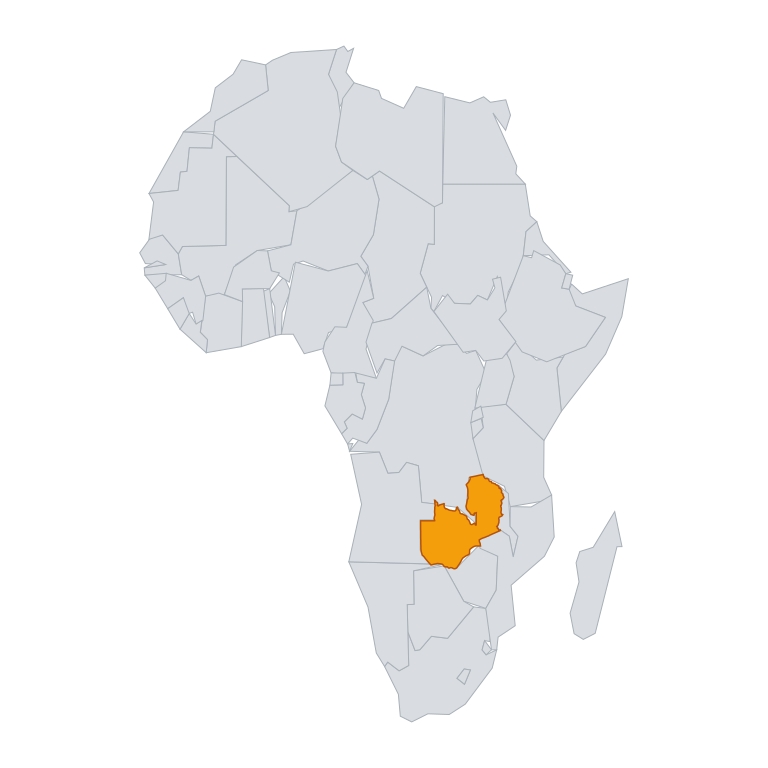 Zambia highlighted on a map of Africa
{"feature_id": "ZMB", "entity_name": "Zambia", "entity_type": "country or territory", "adm_level": 0, "iso_a3": "ZMB", "parent_name": "Africa", "parent_adm1": "", "projection": "equal_earth", "projection_center": [28.807, -13.118], "detail": "fine", "context": "in_parent", "style": "filled", "palette": "amber", "viewbox_px": 768, "rotation_deg": 0, "n_neighbors": 49, "source": "natural_earth", "source_scale": "50m", "svg_char_len": 14579}
<svg xmlns="http://www.w3.org/2000/svg" viewBox="0 0 768 768"><path d="M506.0,404.3L544.0,440.5L543.7,477.3L551.6,495.0L545.8,500.6L510.3,506.6L504.5,486.3L483.1,475.9L475.0,458.3L473.0,438.7L483.2,427.7L480.8,406.1L506.0,404.3Z" fill="#d9dde1" stroke="#a8b0b8" stroke-width="1"/><path d="M213.5,134.3L211.9,148.2L189.4,147.7L187.0,171.3L180.4,172.1L178.1,190.4L149.0,193.5L183.6,131.8L213.5,134.3Z" fill="#d9dde1" stroke="#a8b0b8" stroke-width="1"/><path d="M473.0,438.7L483.1,475.9L468.7,477.7L466.1,509.2L475.0,512.9L475.6,523.2L457.5,507.4L421.7,502.4L418.4,465.8L406.6,462.4L398.9,472.5L387.9,473.3L379.4,452.1L349.6,451.3L359.7,438.8L366.8,443.3L377.0,429.4L388.7,399.2L395.3,354.3L402.0,346.2L423.1,355.9L446.5,344.0L458.9,344.2L466.5,353.4L475.7,350.4L486.3,373.6L476.9,389.3L473.0,438.7Z" fill="#d9dde1" stroke="#a8b0b8" stroke-width="1"/><path d="M561.3,411.4L556.9,368.0L565.1,353.9L585.5,346.5L605.4,317.4L575.8,306.0L567.6,292.7L571.6,284.1L582.3,293.9L628.3,278.7L621.8,316.7L605.6,354.1L561.3,411.4Z" fill="#d9dde1" stroke="#a8b0b8" stroke-width="1"/><path d="M544.0,440.5L506.0,404.3L514.1,376.5L506.6,353.8L515.9,341.6L536.3,360.1L563.2,357.0L556.9,368.0L561.3,411.4L544.0,440.5Z" fill="#d9dde1" stroke="#a8b0b8" stroke-width="1"/><path d="M438.8,315.3L433.3,311.0L430.9,308.3L431.6,297.3L420.2,273.3L428.2,243.7L434.3,244.4L434.5,202.8L442.5,202.8L442.7,184.1L525.3,184.1L530.2,215.9L536.8,221.7L526.0,231.6L522.3,263.9L508.2,292.1L506.3,310.9L497.3,276.5L487.4,300.0L477.7,295.4L470.3,304.0L454.5,303.3L442.5,295.5L433.9,311.5L438.8,315.3Z" fill="#d9dde1" stroke="#a8b0b8" stroke-width="1"/><path d="M434.4,206.8L434.3,244.4L428.2,243.7L420.2,273.3L426.7,287.2L391.4,318.5L372.0,323.1L362.8,302.5L373.7,298.3L368.0,266.2L360.8,256.3L373.4,234.7L379.0,199.2L372.4,176.1L379.5,171.0L434.4,206.8Z" fill="#d9dde1" stroke="#a8b0b8" stroke-width="1"/><path d="M384.6,666.5L387.7,662.1L399.1,670.8L408.7,665.5L407.8,631.7L415.1,650.6L419.9,649.7L431.4,636.3L447.6,638.3L473.6,606.9L485.8,608.4L490.8,628.0L490.0,641.6L484.6,640.6L482.1,649.9L486.1,654.8L496.7,649.8L492.2,668.1L465.3,704.1L449.2,714.5L427.9,713.8L411.7,721.9L400.3,716.2L398.4,694.3L384.6,666.5ZM470.4,670.0L464.2,669.0L457.0,678.3L464.5,684.3L470.4,670.0Z" fill="#d9dde1" stroke="#a8b0b8" stroke-width="1"/><path d="M470.4,670.0L464.5,684.3L457.0,678.3L464.2,669.0L470.4,670.0Z" fill="#d9dde1" stroke="#a8b0b8" stroke-width="1"/><path d="M485.8,608.4L463.7,601.2L444.2,565.9L456.8,567.8L479.6,544.7L497.7,556.2L496.2,590.1L485.8,608.4Z" fill="#d9dde1" stroke="#a8b0b8" stroke-width="1"/><path d="M473.6,606.9L447.6,638.3L431.4,636.3L419.9,649.7L415.1,650.6L407.8,631.7L407.2,604.6L414.0,604.3L413.6,570.8L444.2,565.9L463.7,601.2L473.6,606.9Z" fill="#d9dde1" stroke="#a8b0b8" stroke-width="1"/><path d="M407.2,604.6L408.7,665.5L399.1,670.8L387.7,662.1L384.6,666.5L376.3,653.0L368.0,607.0L348.8,561.8L442.9,564.4L413.6,570.8L414.0,604.3L407.2,604.6Z" fill="#d9dde1" stroke="#a8b0b8" stroke-width="1"/><path d="M145.4,263.6L139.7,252.8L151.6,236.3L162.6,235.0L178.3,253.9L181.7,274.7L144.9,275.2L144.2,267.9L165.7,264.5L145.4,263.6Z" fill="#d9dde1" stroke="#a8b0b8" stroke-width="1"/><path d="M181.7,274.7L178.3,253.9L182.4,246.5L225.9,245.4L226.4,156.7L236.9,156.5L289.4,205.7L289.1,211.7L296.9,210.8L290.9,244.8L257.3,250.5L235.7,264.8L224.4,294.6L205.6,296.2L198.7,276.0L191.0,280.4L181.7,274.7Z" fill="#d9dde1" stroke="#a8b0b8" stroke-width="1"/><path d="M149.0,193.5L178.1,190.4L180.4,172.1L187.0,171.3L189.4,147.7L211.9,148.2L213.5,134.3L236.9,156.5L226.4,156.7L225.9,245.4L182.4,246.5L178.3,253.9L162.6,235.0L148.9,239.4L153.6,202.0L149.0,193.5Z" fill="#d9dde1" stroke="#a8b0b8" stroke-width="1"/><path d="M281.4,334.3L275.5,335.4L274.7,306.6L268.7,293.6L284.1,276.7L290.4,291.1L282.1,312.6L281.4,334.3Z" fill="#d9dde1" stroke="#a8b0b8" stroke-width="1"/><path d="M372.4,176.1L379.0,199.2L373.4,234.7L360.8,256.3L368.0,266.2L364.9,274.3L357.3,263.6L328.2,271.0L303.1,261.0L293.5,264.2L289.3,282.2L271.3,270.8L267.5,250.9L290.9,244.8L296.9,210.8L352.8,170.4L367.3,179.5L372.4,176.1Z" fill="#d9dde1" stroke="#a8b0b8" stroke-width="1"/><path d="M281.4,334.3L295.4,262.2L328.2,271.0L357.3,263.6L367.7,278.1L346.6,327.3L328.5,332.5L323.0,348.7L304.2,353.7L293.2,334.2L281.4,334.3Z" fill="#d9dde1" stroke="#a8b0b8" stroke-width="1"/><path d="M367.2,270.7L373.7,298.3L362.8,302.5L373.2,320.4L366.0,349.1L376.4,378.3L331.1,372.9L322.9,351.4L324.9,341.9L334.9,326.8L346.6,327.3L367.2,270.7Z" fill="#d9dde1" stroke="#a8b0b8" stroke-width="1"/><path d="M269.7,288.6L275.5,335.4L269.6,337.5L262.9,291.4L269.7,288.6Z" fill="#d9dde1" stroke="#a8b0b8" stroke-width="1"/><path d="M263.5,288.4L269.6,337.5L241.3,346.6L242.3,288.9L263.5,288.4Z" fill="#d9dde1" stroke="#a8b0b8" stroke-width="1"/><path d="M205.6,296.2L218.8,293.1L242.6,301.6L241.3,346.6L206.2,352.7L207.5,339.7L200.3,332.3L205.6,296.2Z" fill="#d9dde1" stroke="#a8b0b8" stroke-width="1"/><path d="M166.2,273.3L191.0,280.4L198.7,276.0L205.6,296.2L202.9,320.5L196.1,324.1L192.6,312.2L187.2,314.1L183.4,297.7L167.7,308.7L155.2,288.1L166.2,273.3Z" fill="#d9dde1" stroke="#a8b0b8" stroke-width="1"/><path d="M144.9,275.2L166.2,273.3L165.5,280.7L155.2,288.1L144.9,275.2Z" fill="#d9dde1" stroke="#a8b0b8" stroke-width="1"/><path d="M201.8,320.5L200.3,332.3L207.5,339.7L206.2,352.7L180.0,329.2L189.2,313.5L196.1,324.1L201.8,320.5Z" fill="#d9dde1" stroke="#a8b0b8" stroke-width="1"/><path d="M167.7,308.7L183.4,297.7L189.2,313.5L180.0,329.2L167.7,308.7Z" fill="#d9dde1" stroke="#a8b0b8" stroke-width="1"/><path d="M224.4,294.6L233.6,267.1L257.3,250.5L267.5,250.9L271.3,270.8L279.4,272.9L269.7,288.6L242.3,288.9L242.6,301.6L224.4,294.6Z" fill="#d9dde1" stroke="#a8b0b8" stroke-width="1"/><path d="M458.9,344.2L437.6,345.5L423.1,355.9L402.0,346.2L394.6,361.0L385.1,358.9L377.0,373.0L366.0,342.1L372.0,323.1L391.4,318.5L426.7,287.2L430.9,308.3L458.9,344.2Z" fill="#d9dde1" stroke="#a8b0b8" stroke-width="1"/><path d="M394.6,361.0L388.7,399.2L377.0,429.4L366.8,443.3L352.7,438.1L347.6,444.0L341.6,433.7L347.1,428.3L344.3,421.9L352.2,414.0L362.4,419.1L365.5,408.0L361.3,394.7L364.4,383.4L357.3,382.3L355.8,373.0L376.4,378.3L385.1,358.9L394.6,361.0Z" fill="#d9dde1" stroke="#a8b0b8" stroke-width="1"/><path d="M342.8,373.1L354.9,372.5L357.3,382.3L364.4,383.4L361.3,394.7L365.5,408.0L362.4,419.1L352.2,414.0L344.3,421.9L347.1,428.3L341.6,433.7L324.9,405.9L329.9,385.2L342.9,384.8L342.8,373.1Z" fill="#d9dde1" stroke="#a8b0b8" stroke-width="1"/><path d="M331.1,372.9L342.8,373.1L342.9,384.8L329.9,385.2L331.1,372.9Z" fill="#d9dde1" stroke="#a8b0b8" stroke-width="1"/><path d="M497.5,484.5L508.4,493.5L510.1,526.3L518.0,536.2L513.2,557.0L509.3,536.2L496.8,527.6L502.7,497.0L497.5,484.5Z" fill="#d9dde1" stroke="#a8b0b8" stroke-width="1"/><path d="M510.3,506.6L531.1,507.0L551.6,495.0L554.2,537.0L544.4,556.3L511.1,585.2L515.2,625.7L498.1,637.1L496.7,649.8L491.5,649.8L485.8,608.4L496.2,590.1L497.7,556.2L480.0,548.3L478.9,538.0L500.5,530.1L509.3,536.2L513.2,557.0L518.0,536.2L510.1,526.3L510.3,506.6Z" fill="#d9dde1" stroke="#a8b0b8" stroke-width="1"/><path d="M491.5,649.8L486.1,654.8L482.1,649.9L484.6,640.6L491.5,649.8Z" fill="#d9dde1" stroke="#a8b0b8" stroke-width="1"/><path d="M347.6,444.0L352.8,443.5L349.6,451.3L347.6,444.0ZM350.7,454.3L379.4,452.1L387.9,473.3L398.9,472.5L406.6,462.4L418.4,465.8L421.7,502.4L435.0,503.9L435.1,519.9L420.2,519.8L420.2,550.2L429.8,563.9L348.8,561.8L361.6,504.4L350.7,454.3Z" fill="#d9dde1" stroke="#a8b0b8" stroke-width="1"/><path d="M481.2,418.5L483.2,427.7L473.0,438.7L470.8,422.6L481.2,418.5Z" fill="#d9dde1" stroke="#a8b0b8" stroke-width="1"/><path d="M614.7,511.6L622.0,546.6L617.0,546.7L595.2,633.3L583.3,639.4L574.1,633.7L570.1,613.2L579.0,582.0L576.1,562.8L579.8,551.5L593.2,547.3L614.7,511.6Z" fill="#d9dde1" stroke="#a8b0b8" stroke-width="1"/><path d="M144.2,267.9L157.1,260.9L165.7,264.5L144.2,267.9Z" fill="#d9dde1" stroke="#a8b0b8" stroke-width="1"/><path d="M339.0,108.0L328.5,74.3L336.5,49.5L343.9,46.1L347.8,51.5L353.6,48.3L346.0,72.3L354.1,82.8L339.0,108.0Z" fill="#d9dde1" stroke="#a8b0b8" stroke-width="1"/><path d="M213.5,134.3L215.1,121.2L268.2,90.5L265.6,64.9L272.5,60.2L290.9,52.5L336.5,49.5L328.5,74.3L337.3,91.9L340.7,115.9L335.6,146.2L341.5,162.0L352.8,170.4L307.1,206.6L289.1,211.7L289.4,205.7L213.5,134.3Z" fill="#d9dde1" stroke="#a8b0b8" stroke-width="1"/><path d="M523.3,255.7L526.0,231.6L536.8,221.7L543.2,241.4L570.9,272.2L565.8,273.7L548.9,254.8L523.3,255.7Z" fill="#d9dde1" stroke="#a8b0b8" stroke-width="1"/><path d="M183.6,131.8L210.3,111.3L215.3,87.8L233.1,74.2L241.6,59.8L265.6,64.9L268.2,90.5L215.1,121.2L213.9,131.8L183.6,131.8Z" fill="#d9dde1" stroke="#a8b0b8" stroke-width="1"/><path d="M525.3,184.1L442.7,184.1L444.8,96.7L469.9,102.9L483.7,96.8L490.4,102.3L505.8,99.8L510.5,115.2L505.6,130.4L492.9,112.9L516.8,166.2L515.8,173.8L525.3,184.1Z" fill="#d9dde1" stroke="#a8b0b8" stroke-width="1"/><path d="M443.2,93.7L442.5,202.8L434.4,206.8L379.5,171.0L367.3,179.5L341.5,162.0L335.6,146.2L342.8,98.4L354.1,82.8L378.7,90.5L381.5,98.4L403.7,108.3L416.3,86.6L443.2,93.7Z" fill="#d9dde1" stroke="#a8b0b8" stroke-width="1"/><path d="M605.4,317.4L585.5,346.5L546.7,361.8L522.1,351.9L499.0,319.5L523.3,255.7L531.6,257.7L533.7,250.6L560.2,265.0L565.8,273.7L561.7,288.0L569.1,289.2L575.8,306.0L605.4,317.4Z" fill="#d9dde1" stroke="#a8b0b8" stroke-width="1"/><path d="M565.8,273.7L572.7,275.2L569.1,289.2L561.7,288.0L565.8,273.7Z" fill="#d9dde1" stroke="#a8b0b8" stroke-width="1"/><path d="M506.0,404.3L474.8,408.1L486.8,358.3L506.6,353.8L510.1,360.5L514.1,376.5L506.0,404.3Z" fill="#d9dde1" stroke="#a8b0b8" stroke-width="1"/><path d="M480.8,406.1L483.3,417.3L470.8,422.6L472.7,410.8L480.8,406.1Z" fill="#d9dde1" stroke="#a8b0b8" stroke-width="1"/><path d="M483.8,361.0L475.7,350.4L463.2,352.3L433.9,311.5L447.6,294.2L454.5,303.3L470.3,304.0L477.7,295.4L487.4,300.0L494.9,287.8L492.5,279.2L500.6,277.2L506.3,310.9L499.0,319.5L515.9,341.6L502.2,358.3L483.8,361.0Z" fill="#d9dde1" stroke="#a8b0b8" stroke-width="1"/><path d="M480.5,546.0L479.4,546.0L477.6,546.0L475.7,546.0L474.0,546.5L472.6,547.3L470.9,548.5L470.4,549.0L470.0,549.3L469.7,549.8L469.6,550.8L469.6,552.3L469.4,553.5L468.9,554.5L466.3,555.7L464.7,556.7L463.0,557.9L461.8,559.5L460.9,561.4L459.5,563.8L458.1,565.8L456.6,568.0L454.9,568.8L453.5,568.6L451.8,567.7L450.4,567.6L449.4,568.1L448.5,568.0L447.6,567.1L446.9,566.7L446.3,567.0L445.6,566.9L444.2,566.5L443.0,564.9L442.4,564.3L441.9,564.1L440.5,563.8L437.2,563.5L436.9,563.6L435.6,563.9L433.9,564.2L432.5,564.6L431.0,565.0L429.5,563.4L427.9,561.6L426.2,559.6L425.0,558.1L424.4,557.2L423.3,556.0L422.5,555.4L422.2,555.1L421.3,551.9L420.9,549.0L420.9,546.8L420.8,543.7L420.8,540.7L420.7,537.6L420.7,534.6L420.7,531.5L420.6,528.4L420.6,525.4L420.6,522.3L420.6,520.8L422.2,520.8L424.1,520.8L426.0,520.8L428.1,520.8L430.3,520.8L432.4,520.8L433.8,520.8L434.2,520.8L434.7,520.7L434.7,520.4L434.1,518.9L434.1,518.3L434.3,517.3L434.5,516.4L434.9,515.2L434.9,514.6L434.6,512.3L434.6,511.1L434.7,509.8L434.8,508.5L434.7,507.7L434.8,507.2L435.0,506.6L435.1,505.8L435.2,505.5L435.2,505.2L435.0,504.6L434.9,503.4L434.8,501.6L434.6,500.3L434.9,500.4L435.4,500.5L435.7,501.1L435.8,501.8L436.2,501.9L437.1,502.3L437.5,502.8L437.7,504.0L437.6,504.6L437.3,505.1L437.6,505.6L438.2,505.9L438.6,505.8L439.6,505.0L440.1,504.8L440.6,504.7L441.1,504.5L442.5,504.1L443.3,503.9L443.8,503.6L444.1,503.6L444.3,503.9L444.1,504.7L444.0,505.5L444.3,506.9L444.5,507.6L445.0,508.1L445.3,508.3L445.7,508.8L446.4,508.7L448.1,509.5L448.6,509.8L449.4,510.1L449.9,510.3L451.6,510.5L452.2,510.7L453.4,510.9L454.4,511.0L455.1,510.9L455.5,510.6L455.8,510.4L455.9,510.2L456.1,509.5L456.5,508.0L456.6,507.5L457.0,507.3L457.4,507.1L457.7,507.4L458.0,509.1L459.3,510.7L459.8,512.0L460.1,513.1L460.4,513.4L460.9,513.7L461.7,513.9L462.4,513.9L463.9,514.7L465.1,515.4L466.0,515.8L466.4,516.2L466.7,516.7L466.8,517.2L467.1,518.3L467.4,519.2L467.8,519.4L468.2,519.5L468.7,520.1L469.0,520.6L469.6,521.9L470.0,522.8L470.2,523.7L470.7,524.3L471.4,524.6L472.0,524.6L472.4,524.3L473.3,523.9L474.0,523.3L474.5,523.2L474.8,523.3L475.1,523.6L475.2,524.4L475.2,524.7L475.7,525.1L476.1,525.0L476.2,524.5L476.2,524.3L476.2,522.4L476.2,520.7L476.2,519.1L476.2,517.2L476.2,515.5L476.2,514.1L476.3,512.7L475.9,512.8L475.5,513.1L474.6,513.1L474.2,513.4L474.1,513.7L474.2,514.2L474.2,514.9L474.0,515.2L473.6,515.3L473.0,515.1L471.9,514.7L471.0,514.5L470.4,513.7L469.5,512.3L468.9,511.7L467.5,510.3L467.3,510.0L466.9,509.4L466.5,508.3L466.3,507.6L466.2,507.0L466.0,506.2L466.3,505.0L466.8,502.6L467.1,500.9L467.3,499.7L468.0,498.4L468.0,497.2L467.8,495.8L467.8,495.0L467.9,492.9L467.9,491.2L467.9,490.3L467.7,488.8L467.3,487.2L466.3,485.0L466.3,484.5L466.9,483.9L467.8,483.0L468.3,482.4L468.9,481.7L469.1,481.2L469.6,480.2L470.0,479.4L470.1,478.3L469.9,477.3L470.4,477.1L472.1,476.8L474.1,476.4L476.1,476.0L478.1,475.5L480.1,475.1L481.9,474.8L483.2,474.5L483.3,475.2L483.7,476.4L484.2,477.2L484.7,478.0L485.2,478.4L485.5,478.6L487.4,478.5L488.2,479.0L488.8,479.5L488.9,480.4L489.3,481.0L489.8,481.4L489.9,481.5L490.3,481.4L490.8,481.4L491.3,481.5L491.5,481.7L491.5,482.5L491.7,482.8L492.3,483.0L493.0,483.0L493.7,483.5L494.4,483.6L495.2,483.8L495.6,484.4L496.4,484.9L497.5,485.4L498.3,486.0L498.7,486.2L498.7,486.5L498.9,487.0L499.1,487.3L499.1,487.8L499.2,488.3L499.5,488.4L499.8,488.5L500.0,488.1L500.3,488.1L500.6,488.3L500.8,488.9L501.0,489.6L501.4,490.1L501.7,490.6L501.6,491.5L501.4,492.3L502.0,493.1L502.8,493.9L503.0,494.2L503.0,495.3L503.2,495.7L503.7,496.7L503.9,497.3L503.9,497.6L502.5,499.5L502.1,499.7L501.6,499.8L501.3,500.2L501.0,500.5L501.1,500.8L501.3,501.4L501.6,502.4L501.9,503.1L501.6,504.0L501.1,505.5L500.8,505.6L500.8,506.7L500.9,507.1L501.2,507.5L501.3,508.2L501.3,509.3L501.3,510.1L500.9,512.3L501.5,514.1L501.7,514.4L502.6,514.4L502.8,514.5L502.5,515.1L502.2,515.6L501.9,515.9L500.8,516.5L499.2,517.2L498.9,517.9L498.7,518.9L498.9,519.5L499.1,519.8L499.0,520.7L498.9,521.6L498.9,522.3L498.8,522.9L498.6,523.2L498.3,524.2L498.0,525.2L497.7,525.6L497.3,526.1L496.7,526.4L496.7,526.6L497.4,527.1L497.6,527.4L497.6,527.6L497.5,527.8L497.4,528.1L497.7,528.4L498.1,528.6L498.4,529.2L498.8,530.1L498.9,530.4L498.9,530.6L499.1,530.6L499.3,530.4L499.7,530.0L500.1,529.8L500.4,530.5L498.9,531.2L498.1,531.5L495.8,532.5L493.8,533.4L493.3,533.6L492.3,534.0L491.8,534.3L489.9,535.1L489.2,535.5L488.6,535.9L487.1,536.4L485.7,537.0L484.2,537.6L482.4,538.2L481.5,538.6L480.8,539.0L479.3,539.8L479.2,540.0L479.3,540.5L479.4,541.7L479.8,542.7L480.1,543.2L480.3,544.7L480.5,546.0Z" fill="#f59e0b" stroke="#b45309" stroke-width="1.5"/></svg>